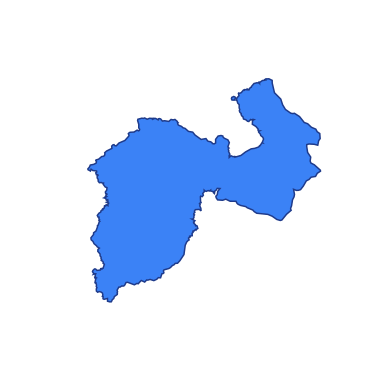 the district of Minahasa Selatan, Sulawesi Utara, Indonesia, rotated 29°
{"feature_id": "22746128B98133955192071", "entity_name": "Minahasa Selatan", "entity_type": "district", "adm_level": 2, "iso_a3": "IDN", "parent_name": "Indonesia", "parent_adm1": "Sulawesi Utara", "projection": "mercator", "projection_center": [124.506, 1.071], "detail": "fine", "context": "isolated", "style": "filled", "palette": "blue", "viewbox_px": 384, "rotation_deg": 29, "n_neighbors": 0, "source": "geoboundaries", "source_scale": "gbopen_adm2", "svg_char_len": 6073}
<svg xmlns="http://www.w3.org/2000/svg" viewBox="0 0 384 384"><g transform="rotate(29 192 192)"><path d="M149.7,314.0L151.1,318.4L151.9,318.5L152.1,318.1L153.6,319.7L154.1,321.1L155.2,321.7L155.3,323.2L156.4,325.0L158.1,325.4L159.0,324.1L161.0,323.6L162.6,323.8L164.0,325.3L164.2,326.8L165.1,326.7L165.9,328.5L167.1,328.5L169.7,326.1L171.1,328.5L173.5,327.9L174.7,327.1L174.5,324.8L175.2,323.2L174.8,321.1L176.3,317.9L176.0,317.0L175.4,316.6L175.3,315.4L174.1,314.2L174.1,310.7L175.3,309.9L176.0,308.4L177.9,307.3L178.3,306.0L178.2,303.1L179.4,302.2L186.6,301.1L188.2,298.6L189.4,298.4L190.5,294.0L194.3,293.7L195.0,290.9L196.1,290.5L197.7,288.8L201.6,288.0L203.5,285.4L204.1,283.2L206.1,282.3L205.3,278.0L206.2,277.4L206.6,276.3L205.2,274.8L205.3,273.6L208.8,270.2L209.8,268.5L210.5,265.8L211.6,264.3L211.9,262.6L213.9,261.3L214.7,257.9L215.3,250.6L211.9,241.9L211.6,238.3L212.3,235.7L212.7,235.3L211.3,234.0L211.8,232.8L211.5,232.2L212.1,232.1L211.7,231.4L213.4,230.1L212.1,228.1L212.5,226.8L212.0,226.3L211.9,225.5L212.6,225.3L213.3,223.0L214.0,223.3L214.1,222.3L214.8,221.1L212.9,219.2L212.1,219.2L211.5,219.8L210.7,218.9L208.9,218.5L208.6,217.7L208.2,217.9L207.9,217.5L208.5,215.7L205.2,215.7L205.9,215.3L206.1,213.5L205.2,211.9L205.3,210.8L204.3,210.6L204.0,209.8L204.4,208.4L203.4,207.6L203.5,205.8L206.9,203.6L208.4,204.1L208.8,203.7L207.6,201.9L205.5,200.4L205.1,198.8L204.2,198.6L204.2,198.0L205.1,196.9L204.0,196.0L201.6,192.0L201.6,191.4L203.2,191.1L203.5,189.3L202.1,188.1L202.6,185.8L201.8,184.5L203.0,184.8L204.2,184.5L205.4,182.9L206.6,182.8L207.3,181.5L207.5,182.2L210.7,181.2L211.0,182.2L212.4,182.5L211.5,180.1L212.2,178.9L212.3,176.6L214.8,175.4L214.2,178.9L215.4,182.1L214.9,184.1L215.9,185.3L218.2,186.5L222.8,184.4L225.0,181.9L229.8,181.6L235.0,178.8L236.9,180.1L238.2,180.4L241.0,180.2L246.1,178.7L248.0,179.0L253.9,178.3L255.9,179.0L258.9,179.2L269.2,174.8L273.9,174.3L279.4,174.9L283.0,174.1L284.2,172.9L285.5,165.6L287.6,159.9L286.6,159.2L286.1,158.2L285.8,155.9L283.7,150.1L283.6,146.8L282.8,144.4L279.5,140.4L282.5,140.0L284.3,138.9L285.8,137.3L286.5,132.8L286.6,126.8L288.3,124.3L289.0,121.3L292.5,118.5L292.5,114.9L294.3,111.5L293.7,110.7L285.8,108.9L281.9,109.0L280.3,107.6L278.9,103.9L273.9,101.3L270.2,96.5L269.4,94.9L271.0,93.3L275.8,91.0L279.3,90.1L277.9,85.7L278.2,83.2L275.4,78.9L272.3,78.6L269.8,77.0L265.1,77.5L260.1,76.2L256.5,76.8L249.5,73.9L246.7,73.7L243.4,73.5L242.2,74.5L240.2,75.2L233.7,74.5L229.0,71.8L224.6,67.7L216.0,65.2L209.4,57.9L208.0,55.5L204.4,55.7L202.1,57.1L202.1,56.7L201.6,57.6L202.2,58.2L201.1,58.6L201.3,59.1L199.5,60.4L198.4,62.7L197.6,63.2L197.7,63.7L198.1,63.7L198.4,64.2L197.3,63.7L197.3,64.4L195.8,65.0L193.6,67.1L192.8,71.1L193.1,71.6L192.2,73.0L192.3,74.7L190.9,75.0L191.6,75.4L188.4,76.9L188.4,77.7L187.6,77.8L186.9,81.2L185.9,82.5L184.8,82.8L184.8,83.3L186.4,85.0L185.7,87.8L186.2,90.4L186.9,90.1L188.9,92.1L190.9,92.7L192.5,95.6L193.8,96.7L194.0,98.0L195.3,99.1L197.0,99.5L197.2,100.2L198.5,101.3L199.9,101.4L201.7,103.2L204.0,102.7L206.3,103.2L207.5,102.8L208.1,100.2L208.7,100.3L210.1,98.9L211.2,98.6L210.3,100.1L211.9,103.5L216.1,103.7L219.3,104.9L219.5,104.4L219.6,105.7L220.0,106.1L220.5,106.4L221.5,105.8L221.0,106.7L221.2,107.3L223.8,108.3L224.7,109.3L227.4,109.8L228.9,111.0L229.4,114.6L230.0,114.8L229.3,115.0L229.1,117.9L228.6,118.9L228.9,119.2L228.2,120.6L225.7,123.4L222.8,125.6L219.4,131.0L217.1,136.3L213.7,139.7L212.4,140.2L213.2,141.1L211.9,140.4L210.8,141.2L208.5,141.4L207.8,143.7L206.8,142.0L206.8,140.6L204.3,138.8L204.2,138.1L203.1,137.2L202.6,135.9L202.9,135.6L201.5,135.1L200.7,130.7L198.1,129.0L194.1,129.3L192.4,128.8L191.8,128.1L190.0,128.5L187.7,130.4L187.1,134.5L188.9,137.7L188.0,139.2L186.6,139.7L186.8,140.2L186.2,139.4L184.1,139.0L181.2,139.9L181.1,140.4L181.1,139.8L178.3,138.5L174.5,141.6L167.0,140.7L163.6,139.3L159.5,140.7L155.1,139.7L153.0,140.2L151.1,139.7L147.7,140.1L146.6,139.5L146.1,138.7L146.3,138.2L145.4,138.1L145.0,137.4L141.9,136.8L140.5,138.1L138.5,138.7L137.5,141.5L133.4,143.0L131.7,144.3L129.2,143.3L127.8,143.6L127.2,144.2L127.4,145.3L124.4,145.3L122.7,146.3L123.0,146.7L122.8,146.9L122.2,147.1L122.2,146.5L121.6,146.9L121.8,147.4L121.0,147.2L119.1,148.1L117.5,150.1L114.7,150.2L113.7,151.3L112.4,151.7L109.4,154.6L109.8,155.9L112.7,158.7L114.3,161.7L115.8,162.5L116.1,163.7L115.5,164.5L114.0,164.5L112.2,167.7L109.0,169.7L108.4,170.4L108.0,171.9L109.4,172.9L109.6,173.8L108.3,179.5L104.4,184.5L103.4,188.3L102.2,188.9L100.8,188.4L100.0,189.1L99.5,190.8L100.8,192.7L97.4,197.6L96.6,200.0L97.3,200.7L97.8,202.6L97.1,203.8L95.8,204.8L94.4,208.6L92.5,210.5L92.6,211.2L93.8,211.8L94.1,213.3L92.7,215.4L90.0,217.7L90.2,220.1L89.7,222.2L90.2,222.9L93.0,222.9L92.7,221.0L94.8,221.3L98.3,219.9L99.0,220.7L98.5,221.9L100.1,223.3L101.0,222.6L101.7,222.8L101.5,224.3L102.3,225.7L103.7,226.4L104.8,228.1L106.5,228.8L108.2,227.6L109.2,227.7L110.3,227.1L110.6,228.3L113.7,229.7L115.5,229.4L116.5,231.6L116.2,234.0L117.4,235.4L118.2,234.9L118.7,235.1L118.4,237.7L119.5,237.5L117.9,239.8L119.6,239.4L121.1,240.7L122.0,239.6L123.2,241.2L122.2,242.4L124.5,242.2L124.4,243.5L125.1,244.7L123.1,244.7L123.2,246.1L122.2,246.5L123.0,248.6L122.3,249.6L122.6,250.3L122.0,250.3L121.9,250.9L122.2,251.6L121.5,252.7L121.9,253.8L120.9,255.6L120.5,258.4L122.0,259.5L122.9,259.1L123.6,260.6L124.6,261.1L124.3,261.9L125.6,262.4L125.3,262.9L126.0,266.5L125.6,267.2L126.3,268.5L126.9,272.7L125.7,275.4L126.5,276.9L125.8,281.1L127.0,282.7L129.3,283.2L131.4,284.7L134.5,285.3L135.7,285.9L138.2,286.0L137.6,287.9L138.4,289.6L141.6,290.8L142.6,292.4L144.1,293.1L144.8,294.5L145.7,294.9L145.8,295.9L147.5,295.9L148.5,296.5L148.7,297.4L150.4,297.7L151.2,301.8L150.8,302.0L150.7,302.8L149.8,302.8L149.3,303.3L149.4,304.0L149.8,303.9L149.6,304.8L146.9,306.6L145.0,306.1L144.0,306.6L143.4,308.6L143.6,310.0L145.6,310.9L145.6,311.8L146.7,310.5L147.5,310.2L147.5,311.5L148.5,312.8L148.1,313.6L148.6,314.1L148.9,313.5L150.0,313.5L149.7,314.0ZM182.4,92.2L184.5,91.1L184.4,88.6L183.8,88.1L182.2,88.2L180.9,90.0L181.3,91.4L182.4,92.2Z" fill="#3b82f6" stroke="#1e3a8a" stroke-width="1.5"/></g></svg>